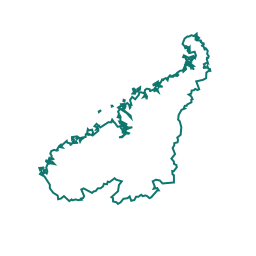 outline of Guangdong, rotated 165°
{"feature_id": "CHN-1180", "entity_name": "Guangdong", "entity_type": "Province", "adm_level": 1, "iso_a3": "CHN", "parent_name": "China", "parent_adm1": "", "projection": "albers", "projection_center": [112.97, 22.878], "detail": "fine", "context": "isolated", "style": "outline", "palette": "teal", "viewbox_px": 256, "rotation_deg": 165, "n_neighbors": 0, "source": "natural_earth", "source_scale": "10m", "svg_char_len": 5894}
<svg xmlns="http://www.w3.org/2000/svg" viewBox="0 0 256 256"><g transform="rotate(165 128 128)"><path d="M154.5,135.7L145.4,138.7L143.0,137.8L141.1,140.2L140.5,138.6L141.2,138.3L139.4,136.5L137.7,131.9L135.0,131.7L135.0,130.0L134.0,128.0L133.7,129.2L133.9,127.6L133.4,128.1L134.6,124.0L133.5,127.3L134.0,124.0L133.0,126.7L133.1,124.4L132.1,125.4L131.9,123.2L135.9,121.3L139.0,121.3L136.2,120.6L131.2,123.3L128.9,122.3L128.4,122.7L131.1,124.4L130.6,127.1L123.6,127.7L127.2,128.1L130.9,131.3L129.5,132.3L127.9,131.5L133.6,136.9L132.3,140.7L132.6,142.3L133.9,142.6L133.0,144.5L133.4,146.3L130.7,148.6L125.3,142.6L122.4,136.9L122.3,139.3L128.6,147.9L126.0,147.8L124.7,149.7L124.6,151.4L122.2,152.3L121.0,150.2L121.0,146.8L120.4,147.2L119.7,149.6L118.7,149.4L118.8,154.4L115.9,157.0L113.7,153.9L109.0,157.2L108.0,159.2L106.5,159.3L103.3,157.3L102.9,155.7L105.0,153.9L102.4,154.2L102.6,151.0L101.5,153.5L102.7,158.5L101.6,160.4L99.6,161.1L97.0,159.8L97.2,157.3L96.7,158.1L93.0,158.6L92.4,158.0L93.3,156.1L91.4,157.8L89.4,155.0L89.7,158.0L92.2,159.2L88.8,161.9L88.0,161.8L89.0,161.3L88.0,160.8L87.9,159.4L87.2,160.0L83.9,158.9L86.0,160.5L86.5,161.9L85.6,162.8L86.7,163.6L84.7,163.4L82.6,165.9L81.3,164.5L81.7,165.8L78.6,166.4L77.4,163.9L76.9,164.8L77.6,165.8L75.6,165.6L76.7,166.0L73.1,168.4L74.0,166.7L71.2,165.8L70.3,166.3L72.1,166.7L68.5,167.4L69.6,166.7L66.9,165.5L65.8,166.2L66.5,167.0L65.6,168.1L67.3,167.0L68.0,167.4L66.0,168.7L62.8,169.8L60.1,169.4L57.0,173.2L57.7,170.7L56.8,171.4L56.7,170.1L59.8,168.9L59.9,168.1L56.7,169.8L56.6,174.0L55.0,173.5L55.4,174.1L52.6,174.3L51.3,175.0L51.1,172.3L52.5,172.7L52.7,171.9L51.7,171.8L52.8,171.0L51.4,171.7L51.5,169.2L50.6,169.5L49.7,168.4L50.3,167.7L49.5,168.1L50.2,171.1L48.6,170.9L50.7,173.7L50.4,175.4L45.6,179.5L45.1,178.2L43.6,180.4L43.9,184.4L49.5,184.5L50.5,187.3L49.8,188.3L49.1,187.8L48.7,185.3L47.6,189.9L48.3,189.3L47.9,190.4L49.2,190.3L50.4,191.9L52.2,192.4L53.6,195.0L50.2,199.7L46.8,201.1L45.7,200.5L42.8,201.2L40.5,199.7L37.3,201.3L37.7,198.9L36.0,196.6L37.1,196.0L39.1,198.2L39.9,195.9L38.7,194.7L38.1,195.2L37.8,193.9L37.4,195.6L36.9,194.2L35.0,193.5L35.7,191.3L35.0,192.5L34.5,190.7L33.1,190.3L33.2,189.1L36.1,188.0L34.2,188.6L33.6,184.0L32.8,184.0L33.0,185.4L32.1,184.4L32.4,185.3L31.0,182.0L32.4,179.0L31.4,176.5L32.3,175.0L33.5,175.4L34.1,174.0L34.0,170.1L34.6,170.8L38.1,170.0L37.7,169.2L38.9,167.3L38.2,167.1L38.7,166.3L36.1,165.9L35.3,167.2L35.0,164.5L33.6,163.8L33.7,161.9L35.3,162.3L38.0,161.2L39.6,155.9L43.2,155.1L50.0,155.4L49.2,147.0L51.1,146.7L53.0,148.4L54.5,147.4L56.8,147.7L58.1,144.8L60.7,144.6L58.7,142.2L58.2,139.1L59.5,139.0L60.1,136.4L64.7,135.4L65.5,134.3L67.4,134.7L68.8,132.9L68.0,132.1L71.6,131.7L75.7,127.4L77.4,123.1L76.3,121.1L76.3,115.0L78.9,107.8L82.9,106.0L82.7,103.6L83.9,101.3L87.2,101.4L87.9,99.1L90.1,97.1L89.3,90.6L94.0,87.2L92.4,83.8L92.9,81.5L90.9,79.7L91.0,77.5L95.1,74.4L96.4,75.0L97.0,71.7L95.9,70.5L97.7,63.5L109.0,65.5L110.9,69.1L114.4,70.8L117.9,70.1L117.3,64.3L118.9,62.7L115.3,62.4L114.5,59.8L115.9,60.1L123.6,55.0L125.4,54.7L127.2,57.3L128.8,58.4L131.4,58.3L132.5,60.1L135.7,58.9L138.0,59.5L140.5,56.8L143.7,56.9L144.1,61.5L146.6,60.3L150.8,60.8L154.4,58.1L157.4,57.3L158.3,59.2L161.4,60.9L160.7,64.3L161.9,65.5L154.0,69.5L151.5,75.3L147.8,78.1L152.8,81.1L153.9,82.9L159.9,80.5L161.5,81.4L162.8,79.1L165.7,80.3L167.2,78.1L170.1,76.9L172.8,77.5L175.6,75.4L177.3,75.7L179.5,74.6L186.5,81.1L189.0,80.7L188.0,73.5L189.4,72.0L191.7,72.0L191.3,70.7L194.9,71.2L196.9,72.5L200.5,72.6L201.0,73.6L203.6,72.6L207.5,78.8L211.1,77.2L213.9,77.3L213.4,80.9L217.0,84.8L219.1,89.9L218.2,93.5L221.3,102.9L225.0,106.3L222.7,108.2L222.2,105.4L219.2,106.6L218.3,105.1L217.2,106.7L217.2,111.1L214.9,114.0L211.9,113.9L208.4,112.2L209.8,114.8L214.3,114.7L215.8,117.1L215.3,117.8L213.2,116.1L212.2,116.0L213.5,117.0L211.8,119.3L210.8,117.2L208.2,117.4L208.7,118.3L210.7,118.0L208.9,120.9L209.7,123.4L208.0,125.6L205.1,126.0L202.7,124.6L200.8,124.6L202.5,125.2L199.1,128.4L197.8,129.0L198.5,127.1L196.4,126.1L197.3,127.9L190.5,131.4L190.4,129.5L187.2,127.8L188.4,126.2L184.0,128.6L183.3,128.3L183.7,127.4L180.0,126.6L182.0,127.2L181.7,128.7L184.0,129.0L185.4,128.2L183.2,131.0L184.0,132.4L184.9,131.8L184.5,133.7L179.3,133.1L178.4,132.0L180.6,131.1L180.2,130.4L179.0,131.1L175.7,130.5L177.9,128.7L177.8,127.2L176.0,129.2L174.1,129.6L174.3,130.6L171.3,130.3L170.4,132.8L169.3,133.3L168.2,131.6L166.1,131.3L168.8,133.7L167.1,137.3L166.3,135.8L163.1,135.7L163.0,132.2L165.0,130.6L164.1,129.9L157.4,133.0L157.0,134.7L159.1,134.7L156.7,137.1L158.0,136.8L159.9,138.4L157.3,140.1L154.5,135.7ZM54.2,179.4L53.4,182.1L51.4,180.2L46.3,180.6L46.3,179.5L47.4,179.3L47.1,178.6L48.0,178.8L48.7,178.4L47.4,178.2L50.1,177.6L50.8,179.2L53.7,178.1L54.2,179.4ZM112.4,159.3L114.6,160.1L112.9,161.2L113.2,164.4L112.1,164.6L111.3,163.3L112.3,161.6L110.7,161.3L112.4,159.3ZM130.4,127.8L133.5,131.8L132.5,131.8L128.3,127.8L130.4,127.8ZM87.9,162.8L92.2,162.6L92.2,163.5L87.2,165.0L87.9,162.8ZM56.1,175.1L54.1,177.5L50.9,175.3L54.2,174.7L54.5,176.0L56.1,175.1ZM132.2,132.2L134.5,134.6L134.7,136.1L130.4,132.8L132.2,132.2ZM219.2,111.6L223.8,110.0L224.0,112.3L219.2,111.6ZM109.0,161.0L109.1,163.0L105.8,164.2L106.6,161.9L109.0,161.0ZM128.8,150.8L128.7,152.8L126.2,152.3L128.1,150.4L128.8,150.8ZM127.6,148.5L126.3,150.8L125.4,150.9L125.2,149.6L127.6,148.5ZM55.4,181.6L56.4,182.2L55.2,183.7L54.2,182.7L55.4,181.6ZM130.4,150.2L131.6,149.4L132.3,150.3L130.7,150.9L130.4,150.2ZM125.4,155.1L124.9,156.3L124.0,155.7L124.6,154.5L125.4,155.1ZM52.0,190.2L52.1,191.6L51.6,191.9L50.6,190.0L52.0,190.2ZM131.8,126.1L132.4,127.5L132.2,128.3L131.3,127.2L131.8,126.1ZM220.4,107.9L220.3,109.0L219.0,108.9L218.9,108.7L220.4,107.9ZM134.3,140.6L135.1,141.1L134.2,142.0L133.9,141.4L134.3,140.6ZM151.9,150.9L151.9,151.6L149.4,152.1L151.9,150.9ZM138.1,152.9L138.0,153.8L137.5,153.7L137.2,153.0L138.1,152.9Z" fill="none" stroke="#0f766e" stroke-width="2"/></g></svg>